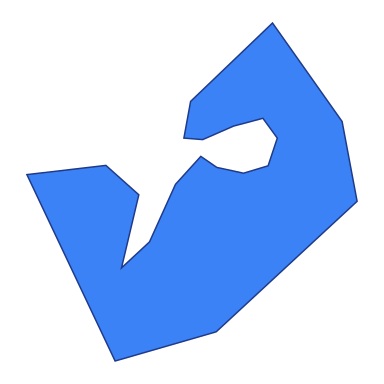 the border of Dagupan
{"feature_id": "PHL-5541", "entity_name": "Dagupan", "entity_type": "Independent Component City", "adm_level": 1, "iso_a3": "PHL", "parent_name": "Philippines", "parent_adm1": "", "projection": "natural_earth1", "projection_center": [120.332, 16.046], "detail": "fine", "context": "isolated", "style": "filled", "palette": "blue", "viewbox_px": 384, "rotation_deg": 0, "n_neighbors": 0, "source": "natural_earth", "source_scale": "10m", "svg_char_len": 393}
<svg xmlns="http://www.w3.org/2000/svg" viewBox="0 0 384 384"><path d="M26.9,174.6L105.9,165.4L138.8,194.8L121.5,267.9L149.5,241.9L175.5,184.3L200.8,156.4L216.8,167.4L243.5,173.2L268.1,165.8L277.3,138.1L262.9,118.3L233.5,126.1L202.7,139.6L183.9,138.1L190.6,101.4L272.5,23.0L342.1,121.5L357.1,201.3L216.2,331.8L115.1,361.0L26.9,174.6Z" fill="#3b82f6" stroke="#1e3a8a" stroke-width="1.5"/></svg>